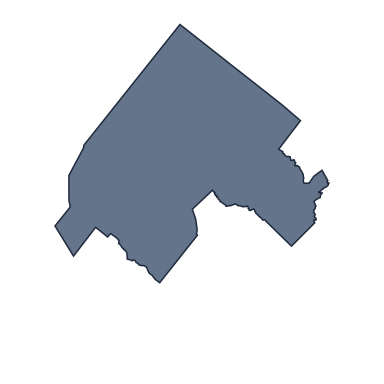 Galeana, Chihuahua, Mexico, rotated 219°
{"feature_id": "50627088B51134227456684", "entity_name": "Galeana", "entity_type": "district", "adm_level": 2, "iso_a3": "MEX", "parent_name": "Mexico", "parent_adm1": "Chihuahua", "projection": "orthographic", "projection_center": [-107.764, 30.204], "detail": "fine", "context": "isolated", "style": "filled", "palette": "slate", "viewbox_px": 384, "rotation_deg": 219, "n_neighbors": 0, "source": "geoboundaries", "source_scale": "gbopen_adm2", "svg_char_len": 5705}
<svg xmlns="http://www.w3.org/2000/svg" viewBox="0 0 384 384"><g transform="rotate(219 192 192)"><path d="M93.8,286.4L104.6,290.7L105.7,286.9L107.2,280.8L106.6,272.7L107.1,272.6L107.2,272.4L107.2,272.2L107.3,272.0L107.5,271.9L107.8,271.3L108.7,270.7L109.1,270.5L109.3,270.0L109.6,269.9L109.9,269.9L110.2,269.6L111.0,269.5L111.7,269.9L113.3,271.7L113.6,272.8L113.9,273.0L114.2,273.3L114.6,273.8L115.0,273.9L116.2,275.2L116.8,275.5L117.3,276.0L118.2,276.3L119.3,276.7L119.7,277.1L120.3,277.3L120.7,277.4L121.3,277.4L121.9,277.6L122.3,277.9L123.2,278.2L123.4,278.6L124.2,279.0L124.7,278.9L125.1,279.0L125.2,278.7L125.7,278.7L126.9,278.9L127.1,278.7L126.9,278.3L127.2,278.0L128.0,277.8L128.3,277.4L128.8,277.4L129.2,278.1L129.4,278.6L129.7,279.9L130.9,279.9L131.5,280.6L132.2,280.9L132.6,281.0L132.8,281.2L133.1,281.2L133.4,281.1L133.5,280.8L133.6,280.6L133.7,280.1L133.8,279.9L134.1,279.7L134.3,279.3L135.0,278.8L137.9,281.1L139.1,280.5L139.4,280.4L139.7,280.2L139.8,279.7L140.3,279.4L140.7,279.3L141.2,279.3L141.5,279.1L142.2,279.1L142.7,279.0L143.3,279.2L144.4,279.7L145.0,279.5L145.3,279.2L146.2,279.8L146.4,280.2L146.8,280.4L147.2,280.5L147.9,280.4L148.5,280.2L149.2,280.1L150.4,279.9L150.9,279.8L151.6,279.8L152.6,315.7L177.1,316.4L244.9,315.4L306.8,314.6L305.5,160.6L304.0,157.8L298.1,127.4L282.5,108.2L277.2,103.7L277.1,79.4L243.7,67.6L244.7,103.9L229.2,104.0L229.1,108.1L229.0,108.3L228.7,108.4L228.7,108.5L228.1,108.6L227.6,108.5L227.3,108.6L225.8,108.6L224.7,108.8L219.8,108.8L219.5,108.5L219.3,108.4L219.1,108.4L218.9,108.4L218.8,108.5L218.6,108.5L218.4,108.4L218.0,108.1L217.9,108.0L217.6,107.6L217.5,107.2L216.9,106.3L216.6,105.8L216.2,105.8L215.9,106.0L215.4,106.0L215.0,105.8L214.7,105.8L214.1,105.8L213.3,105.4L212.6,105.3L212.2,105.0L211.6,104.9L211.2,104.6L210.6,104.8L210.0,104.9L209.4,104.7L209.2,104.5L209.0,104.4L208.8,104.5L208.3,104.3L207.8,104.5L207.6,104.5L207.0,104.5L205.9,104.3L205.6,104.1L205.2,104.0L204.1,103.5L203.3,102.7L201.7,100.9L200.1,99.1L198.6,99.8L198.0,100.0L196.6,100.8L195.4,100.7L195.3,100.8L195.4,101.1L195.0,101.6L194.9,101.9L194.1,102.6L193.6,102.8L192.8,102.8L192.6,102.7L191.4,102.2L191.0,102.1L190.8,102.2L190.5,102.3L190.1,102.2L189.4,102.3L188.7,102.3L188.3,102.3L188.1,102.3L187.9,102.2L187.6,102.0L187.2,102.1L186.8,102.3L186.5,102.3L186.1,102.5L185.8,102.7L185.2,102.8L184.7,103.4L184.5,103.6L183.8,103.8L183.7,103.8L183.3,104.4L183.1,104.5L182.6,104.7L181.5,104.8L180.2,104.8L179.8,104.7L178.9,104.4L176.3,102.9L175.7,102.7L175.0,102.3L174.6,102.1L173.7,102.0L173.1,101.9L171.7,102.0L170.6,102.1L170.2,102.1L168.6,101.6L167.0,101.2L166.5,101.2L165.6,100.9L165.1,100.9L164.6,101.0L163.8,101.1L161.9,101.1L160.0,101.2L160.3,131.7L160.6,161.9L161.9,161.9L163.9,165.4L164.2,165.9L167.2,168.7L167.3,168.8L170.7,172.0L172.1,173.3L180.9,178.8L177.8,201.8L177.3,206.3L176.5,206.1L176.1,206.1L175.7,205.9L175.3,206.0L175.0,205.9L174.9,205.8L174.6,205.9L174.5,205.7L174.1,205.7L173.8,205.6L173.7,205.7L173.6,205.4L173.3,205.2L173.3,204.9L172.9,204.7L172.7,204.5L172.0,204.4L171.9,204.5L171.7,204.5L171.4,204.6L171.2,204.5L171.0,204.3L170.9,204.3L170.5,204.4L170.6,204.2L170.1,204.2L170.0,203.9L169.8,203.9L169.7,203.9L169.7,204.0L169.5,203.9L169.4,203.7L169.1,204.0L168.9,204.0L168.3,203.7L168.0,203.7L167.7,203.5L167.3,203.3L166.9,203.1L166.7,203.0L166.2,203.1L165.8,202.9L165.7,202.9L165.3,202.9L164.9,202.6L164.4,202.5L164.1,202.4L164.0,202.2L163.8,202.2L163.6,202.3L163.2,202.6L162.6,202.8L162.0,202.7L161.6,202.6L160.8,202.6L160.4,202.7L160.0,202.7L158.9,202.8L158.6,202.9L158.2,203.0L157.9,203.0L157.5,202.8L156.9,202.4L156.7,202.3L156.3,202.6L156.0,202.8L155.4,203.4L155.3,203.6L155.2,204.1L154.5,204.6L154.4,205.1L153.3,205.7L153.0,206.1L153.0,206.6L152.6,207.0L152.4,207.8L152.3,208.1L151.6,208.3L151.5,208.5L151.2,209.3L150.9,209.8L150.4,210.0L150.0,210.2L149.5,210.4L149.0,210.2L148.7,210.2L148.2,210.5L147.8,210.3L147.6,210.3L147.2,210.7L146.7,211.0L145.8,211.5L145.4,211.7L145.1,211.9L144.8,212.0L144.2,212.3L143.5,212.3L143.0,212.6L142.8,213.0L142.4,213.4L142.0,213.6L141.6,214.1L140.9,214.5L140.8,214.8L140.7,215.1L140.5,215.6L139.7,216.0L139.4,215.9L138.8,215.4L138.4,215.1L138.3,214.8L138.1,214.7L137.9,214.6L137.6,214.6L137.2,214.5L136.9,214.6L136.6,214.3L136.6,214.1L136.3,213.8L136.2,213.8L136.0,214.0L135.7,214.2L135.5,214.3L135.3,214.2L135.1,214.3L134.9,214.4L134.8,214.5L134.8,215.2L134.5,215.6L134.1,216.1L134.0,216.5L133.8,216.8L133.7,217.1L133.5,217.6L133.3,217.6L132.6,217.6L132.2,217.4L131.9,217.3L131.2,216.7L130.5,216.4L129.9,215.9L129.2,216.0L129.1,215.9L128.5,215.6L128.3,215.6L128.1,215.7L127.6,215.8L127.0,215.5L126.0,215.5L125.1,215.3L121.0,215.2L119.3,214.7L117.5,216.4L116.0,215.8L80.6,212.5L77.2,245.3L78.1,245.5L78.4,245.6L78.7,245.7L78.9,246.0L79.1,246.3L79.1,246.5L79.5,246.8L79.7,247.1L78.7,247.5L78.2,247.9L78.1,248.6L78.3,249.0L78.8,249.4L79.2,249.6L80.2,249.7L81.4,249.7L81.6,249.8L81.8,251.1L82.0,252.0L82.7,252.4L83.3,252.5L84.5,252.5L84.8,253.2L85.0,253.7L86.1,254.5L86.2,254.9L86.1,255.1L85.9,255.4L86.0,255.7L85.8,256.3L85.9,256.6L86.2,257.0L86.6,257.8L86.7,258.3L86.9,258.6L86.8,259.0L88.9,260.1L91.3,261.5L91.2,262.0L91.0,263.2L90.0,266.1L89.1,268.4L89.0,268.5L89.7,269.6L90.3,270.9L90.4,271.7L90.4,271.9L90.3,272.1L90.1,272.2L90.0,272.5L90.4,273.2L91.6,272.3L92.0,271.9L92.4,271.7L92.7,271.6L93.0,271.3L93.6,271.8L93.1,272.4L92.9,272.6L92.9,273.1L92.6,273.6L92.5,273.8L92.7,274.7L92.8,275.2L92.7,275.7L92.2,276.4L92.0,276.8L92.1,278.2L92.0,278.4L91.8,278.7L91.0,279.9L91.0,280.4L90.8,280.7L90.7,281.0L90.7,281.5L90.5,282.4L90.5,282.9L90.8,283.6L91.0,284.1L91.0,284.8L91.4,285.2L92.3,284.4L92.7,284.4L93.1,284.7L93.5,285.6L93.9,286.2L93.8,286.4Z" fill="#64748b" stroke="#1e293b" stroke-width="1.5"/></g></svg>